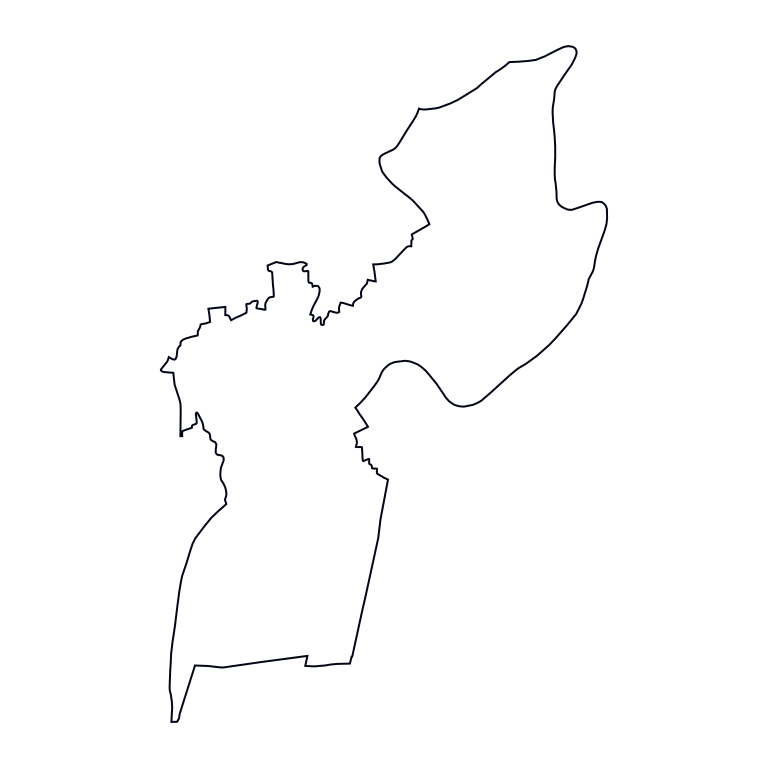 Truc Ninh, Nam Định, Vietnam (Robinson projection)
{"feature_id": "81297802B30905014988311", "entity_name": "Truc Ninh", "entity_type": "district", "adm_level": 2, "iso_a3": "VNM", "parent_name": "Vietnam", "parent_adm1": "Nam Định", "projection": "robinson", "projection_center": [106.231, 20.244], "detail": "fine", "context": "isolated", "style": "outline", "palette": "ink", "viewbox_px": 768, "rotation_deg": 0, "n_neighbors": 0, "source": "geoboundaries", "source_scale": "gbopen_adm2", "svg_char_len": 6088}
<svg xmlns="http://www.w3.org/2000/svg" viewBox="0 0 768 768"><path d="M490.5,392.8L509.1,375.9L515.6,370.4L518.6,368.1L525.5,364.1L537.1,355.7L549.5,344.7L555.9,337.9L566.9,325.4L576.1,314.1L579.4,307.8L581.6,303.2L583.1,299.0L586.7,287.3L587.9,282.9L588.7,279.2L592.9,271.3L593.9,268.1L595.0,261.1L595.9,256.5L598.2,248.4L604.6,230.7L606.5,224.0L607.1,218.1L606.9,208.8L605.7,205.6L603.7,203.4L601.8,202.1L599.9,201.8L597.0,201.9L592.4,202.8L577.0,208.2L571.6,209.9L567.8,209.6L564.1,208.1L561.0,206.3L558.9,204.3L557.5,202.1L556.6,198.5L556.5,192.0L555.6,183.2L555.0,179.7L554.7,175.1L554.7,168.1L555.2,157.5L555.2,146.4L554.7,137.3L554.1,130.7L553.1,121.9L552.6,112.4L552.8,107.1L554.0,100.0L554.3,97.3L554.7,91.8L555.3,89.4L556.8,86.4L564.9,74.3L571.8,64.5L575.3,57.5L576.4,54.2L576.6,52.2L576.4,50.9L575.8,49.4L574.7,47.9L572.6,46.8L568.3,46.1L563.9,46.9L556.7,50.2L544.9,56.3L535.8,59.9L528.7,60.9L518.7,61.7L509.4,62.1L504.6,66.2L499.7,69.7L495.7,72.2L481.0,84.4L477.1,88.0L458.0,99.8L450.2,103.5L439.1,107.6L435.3,108.4L425.4,109.5L422.0,109.4L419.9,109.0L419.0,108.6L417.4,113.0L416.0,116.1L413.9,119.6L406.7,130.7L398.8,143.6L396.9,146.4L394.8,148.5L393.4,149.5L384.9,153.5L382.4,154.9L381.2,155.7L380.3,156.9L379.7,157.9L379.5,159.0L379.5,162.2L379.7,163.9L381.9,170.8L382.6,172.2L384.7,175.2L386.7,177.7L392.1,183.6L395.3,186.5L406.0,195.0L408.3,196.7L413.1,200.8L422.7,211.3L424.1,213.1L425.2,215.1L426.8,218.3L429.4,224.2L425.0,226.9L412.0,234.3L411.7,234.9L412.6,237.6L412.7,239.0L411.5,240.4L411.4,240.8L411.3,246.3L408.9,246.2L407.8,246.5L406.8,247.0L403.5,250.2L395.6,258.7L393.0,260.9L391.1,262.1L389.2,262.6L384.3,263.5L377.2,264.3L373.2,264.4L374.4,271.2L375.7,281.4L373.9,281.2L367.8,279.8L367.1,282.9L366.8,283.7L363.4,287.5L362.2,289.0L361.5,290.7L361.0,292.2L361.0,294.4L361.4,296.5L361.3,296.9L360.4,297.7L358.1,298.7L356.0,300.1L354.4,301.5L353.2,303.4L352.9,305.8L350.6,305.3L342.9,302.9L340.7,302.6L339.2,306.6L339.0,308.2L339.2,312.0L337.7,312.8L337.2,312.8L334.9,312.4L330.5,311.1L329.6,311.3L328.9,312.0L328.6,312.8L327.6,316.4L325.0,319.2L324.3,320.2L324.0,320.9L323.8,324.2L323.1,325.0L322.0,324.9L321.1,324.5L320.8,323.1L320.7,318.6L320.2,317.3L319.8,317.1L319.1,317.2L318.1,318.0L316.0,320.3L314.9,321.1L314.0,321.3L313.2,321.1L313.0,320.6L312.8,319.7L313.5,317.1L313.5,315.9L313.2,315.4L312.7,315.1L310.3,314.4L311.8,309.8L313.5,305.9L317.3,298.8L318.6,295.9L319.4,292.5L319.7,290.0L319.5,288.4L319.2,287.6L318.7,286.8L318.0,286.2L317.2,285.9L315.0,285.8L312.7,286.7L312.5,285.3L311.9,283.4L310.9,282.8L309.2,282.8L308.7,282.3L308.4,280.8L308.3,271.3L307.6,270.9L304.7,271.3L303.6,271.2L303.2,270.9L302.8,270.3L302.5,269.4L302.8,268.3L303.4,267.3L304.5,266.2L306.4,265.3L306.7,264.6L306.6,263.9L305.0,263.0L303.4,262.4L301.4,262.1L299.2,262.3L293.0,264.0L289.3,264.3L285.9,264.0L283.8,263.6L281.5,263.0L278.8,262.7L277.1,262.1L276.1,262.1L267.6,265.5L268.0,269.7L268.4,270.5L269.1,270.9L270.6,271.2L271.6,271.7L272.1,272.4L272.2,272.9L273.0,285.7L273.5,289.5L273.8,296.1L273.6,296.6L273.2,296.8L270.4,297.2L269.0,297.7L267.5,299.5L265.6,302.9L265.4,303.7L265.2,305.1L265.5,309.3L265.4,309.6L264.7,309.7L256.6,308.3L256.5,307.0L257.7,302.6L257.7,301.3L257.3,300.9L256.8,300.9L255.5,300.9L253.0,301.3L251.9,301.8L250.0,303.5L249.0,303.8L246.7,303.9L246.4,304.2L246.4,305.5L246.8,308.7L246.5,312.2L246.3,312.8L239.4,316.2L235.8,317.7L231.1,320.2L229.0,316.1L228.1,315.5L227.3,315.2L225.3,315.1L225.4,306.9L208.4,308.7L209.4,315.0L210.1,322.0L205.7,323.4L200.7,324.4L200.0,327.3L197.8,331.4L197.8,334.8L197.6,335.4L196.2,335.8L192.3,336.6L185.8,338.5L183.3,339.6L182.1,340.4L181.3,341.1L180.6,342.4L180.4,345.5L179.4,346.3L178.5,347.3L177.7,349.0L177.3,350.3L176.7,356.1L175.8,358.7L175.0,359.4L174.5,359.6L172.6,359.3L168.8,357.1L168.0,359.8L167.1,361.8L161.1,369.2L160.9,369.6L160.9,370.3L161.9,371.3L162.9,371.7L164.5,372.1L173.3,372.8L174.6,384.6L179.4,399.3L180.5,403.9L180.7,410.5L180.4,436.2L182.2,436.1L182.1,433.1L182.4,431.4L182.7,431.0L185.8,429.8L191.8,427.8L192.0,425.8L192.2,425.5L192.9,425.0L195.6,424.0L196.3,423.6L196.6,423.2L196.7,421.7L195.9,414.4L195.9,413.6L196.4,412.7L196.7,412.6L197.3,412.8L198.6,414.9L201.9,421.3L202.7,423.4L203.2,425.8L203.5,428.5L204.0,429.5L204.8,430.3L208.6,432.6L209.6,433.8L209.9,434.9L210.4,438.9L210.7,439.6L211.5,440.3L212.4,440.9L214.9,442.1L215.9,443.3L216.3,444.7L216.3,445.6L215.8,449.3L215.7,452.2L215.9,452.9L216.4,453.8L217.2,454.6L218.0,454.9L219.6,455.1L221.8,455.6L222.7,456.3L223.4,457.3L223.7,458.5L223.6,460.5L221.0,467.5L220.6,470.4L220.3,474.6L220.5,476.7L220.7,478.4L221.1,479.9L223.6,483.8L225.2,487.3L226.2,491.3L226.4,494.4L226.1,496.1L225.0,499.7L225.1,500.5L225.9,502.5L226.3,504.0L222.6,507.4L218.4,511.0L211.2,517.9L204.7,525.9L195.5,538.0L192.6,543.7L190.3,550.6L186.6,562.8L182.2,575.8L181.0,581.5L179.4,590.8L177.1,608.2L175.0,625.6L172.5,642.1L171.1,654.1L170.7,663.2L170.2,671.1L169.6,687.8L169.9,691.0L170.8,694.5L171.8,701.1L172.2,707.0L171.4,721.9L177.1,721.8L179.0,718.5L179.6,714.5L180.0,712.9L195.0,665.5L208.1,666.0L221.3,667.5L223.8,667.4L262.9,661.8L307.4,655.9L305.3,665.9L314.2,666.4L325.7,665.4L330.7,664.5L337.5,663.9L349.9,663.6L351.6,656.8L352.0,656.8L352.3,656.3L361.9,612.2L365.9,594.7L378.2,538.3L380.5,519.3L388.0,479.6L384.2,477.8L377.5,473.9L377.1,473.4L376.9,472.8L376.9,468.8L376.5,468.6L372.6,468.5L372.1,468.2L372.0,467.1L371.5,465.3L371.0,464.8L369.5,464.0L369.1,463.1L369.2,459.1L368.4,459.0L363.3,461.1L363.1,460.9L362.9,460.6L362.5,458.2L362.3,452.2L361.9,447.3L360.3,447.0L356.6,447.1L355.9,446.9L356.2,445.4L356.8,443.9L356.9,442.0L356.5,439.4L354.6,435.2L354.1,433.6L368.0,426.8L363.9,420.2L359.1,413.4L357.4,410.5L355.3,407.6L359.8,403.4L365.3,397.5L374.7,385.4L377.3,381.7L379.1,378.5L381.9,372.0L383.7,369.4L386.7,366.4L388.7,364.8L390.3,363.8L394.6,362.1L404.8,360.8L408.7,361.2L411.1,361.8L417.3,364.2L420.9,366.6L425.2,370.2L428.6,374.1L436.5,383.7L446.0,397.8L449.2,401.4L453.7,404.5L455.4,405.2L458.9,406.2L462.7,406.6L464.2,406.6L472.7,404.9L477.9,402.7L481.2,400.8L490.5,392.8Z" fill="none" stroke="#020617" stroke-width="2"/></svg>